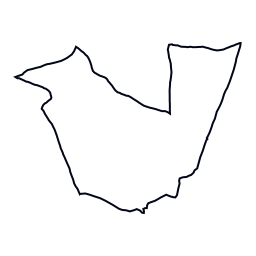 Buah, Grand Kru, Liberia
{"feature_id": "62588387B84481919127843", "entity_name": "Buah", "entity_type": "district", "adm_level": 2, "iso_a3": "LBR", "parent_name": "Liberia", "parent_adm1": "Grand Kru", "projection": "natural_earth1", "projection_center": [-8.171, 4.859], "detail": "fine", "context": "isolated", "style": "outline", "palette": "ink", "viewbox_px": 256, "rotation_deg": 0, "n_neighbors": 0, "source": "geoboundaries", "source_scale": "gbopen_adm2", "svg_char_len": 3075}
<svg xmlns="http://www.w3.org/2000/svg" viewBox="0 0 256 256"><path d="M207.4,139.0L206.8,138.0L207.4,137.0L207.9,136.1L209.6,132.5L210.6,129.8L210.8,129.3L212.0,125.9L212.4,124.3L213.4,121.9L214.9,118.7L215.9,114.9L216.6,112.4L216.7,111.9L217.5,110.4L219.2,107.2L220.0,105.5L220.7,104.1L222.3,100.0L223.3,96.7L224.0,94.4L224.7,92.7L224.9,92.1L225.1,91.8L225.7,90.5L227.3,87.8L228.2,85.4L228.4,84.9L229.2,83.0L230.1,80.5L231.8,75.5L233.8,69.5L235.8,61.9L236.4,58.3L237.0,56.6L237.8,54.1L240.2,46.3L240.6,43.5L240.6,43.0L239.8,43.1L235.4,44.7L234.3,45.3L230.9,46.4L228.8,47.3L225.7,48.5L223.5,49.5L219.4,50.2L216.9,50.4L214.1,49.9L211.9,49.4L207.8,48.0L206.8,47.8L202.6,46.7L201.7,46.8L200.9,46.9L197.8,47.0L196.9,47.1L193.0,47.2L191.4,46.9L190.1,46.8L187.2,47.2L186.0,46.9L182.7,46.8L181.2,46.7L177.4,45.3L176.1,45.4L172.7,44.9L172.0,44.3L169.0,44.8L167.8,49.6L168.1,51.0L168.9,55.9L169.0,57.5L169.9,59.9L170.2,61.6L170.7,63.2L171.1,68.5L171.3,70.0L171.5,72.4L171.1,76.0L170.9,77.7L170.4,81.2L170.0,82.8L170.1,83.8L169.6,90.2L169.6,90.9L169.7,95.2L169.7,96.8L169.7,101.1L169.8,102.4L169.9,107.3L169.8,108.9L170.0,113.7L167.8,112.2L165.1,111.1L163.3,111.1L162.2,111.2L157.5,109.7L156.4,109.3L151.0,107.9L150.2,107.8L144.7,106.0L143.5,105.5L138.5,102.3L137.3,101.4L132.2,98.2L131.6,97.7L128.4,95.9L126.2,95.7L125.3,95.2L121.2,93.8L120.3,93.1L117.4,92.2L116.5,91.3L115.4,90.5L112.5,86.4L112.2,85.8L109.6,82.8L108.8,81.8L108.3,81.4L106.9,79.0L105.6,77.9L104.5,77.3L101.5,76.2L100.5,76.0L97.0,74.1L96.3,73.6L95.1,73.0L94.0,72.2L93.4,71.4L92.9,71.0L91.6,67.0L91.4,65.7L90.3,62.3L89.3,59.8L88.1,57.5L87.1,56.0L86.1,55.3L83.6,52.6L81.7,51.3L78.3,48.3L76.0,46.8L75.7,47.6L74.1,51.2L71.9,54.4L67.4,57.7L64.7,59.2L61.1,60.9L56.1,62.3L53.7,62.9L49.8,63.8L47.1,64.2L45.9,64.6L44.3,65.2L40.4,66.9L36.9,67.7L32.5,68.9L32.2,69.0L27.5,70.1L24.2,72.5L22.3,74.6L18.6,75.8L15.4,77.0L17.6,78.3L19.0,78.2L20.1,78.7L24.2,80.6L26.4,81.7L27.7,81.8L29.9,82.6L32.8,84.0L35.2,84.9L36.9,85.1L40.1,86.3L43.1,87.4L43.7,88.1L45.8,88.7L48.6,90.7L50.1,92.5L50.7,94.9L51.0,95.9L51.4,97.7L50.8,99.0L49.6,99.9L48.6,100.6L46.3,102.7L44.6,103.6L43.2,105.1L42.1,107.4L41.7,108.9L42.8,109.9L43.6,111.1L44.9,113.8L48.4,119.4L48.7,120.1L52.0,124.2L52.5,125.4L54.4,129.2L54.9,130.4L56.5,134.8L57.0,136.3L58.5,141.2L60.3,146.4L60.6,147.9L62.8,152.9L63.2,154.4L64.3,156.7L67.6,164.3L69.5,168.4L70.3,172.1L71.8,176.2L73.1,179.4L74.1,183.3L75.6,186.2L77.6,189.0L79.0,192.4L79.8,194.2L80.1,193.9L85.4,193.5L89.3,194.6L95.2,196.6L100.2,198.2L105.3,200.7L112.3,204.6L118.9,208.7L120.6,209.4L122.8,210.0L126.2,210.3L128.9,211.1L129.8,211.4L134.3,210.1L136.7,209.1L140.1,210.6L142.1,212.7L143.8,213.0L144.0,211.3L143.3,209.0L145.0,208.1L146.8,208.1L147.1,205.4L148.3,203.2L151.5,202.0L155.0,200.8L158.7,198.7L161.1,197.3L166.2,194.7L170.0,196.3L173.3,197.2L175.4,197.4L177.0,195.1L178.4,188.2L179.6,183.6L179.1,180.8L179.7,178.4L182.8,177.3L186.7,176.9L188.5,175.9L191.2,174.9L193.6,172.6L194.5,170.4L197.2,168.4L200.3,157.1L202.9,150.4L205.0,143.8L206.5,139.9L207.4,139.0Z" fill="none" stroke="#020617" stroke-width="2"/></svg>